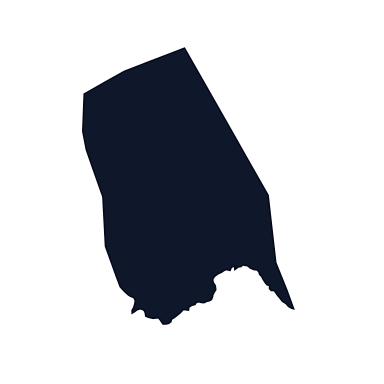 the district of Barra de Santa Rosa, Paraíba, Brazil, rotated 108°
{"feature_id": "56859067B56104642603806", "entity_name": "Barra de Santa Rosa", "entity_type": "district", "adm_level": 2, "iso_a3": "BRA", "parent_name": "Brazil", "parent_adm1": "Paraíba", "projection": "orthographic", "projection_center": [-35.977, -6.767], "detail": "fine", "context": "isolated", "style": "filled", "palette": "ink", "viewbox_px": 384, "rotation_deg": 108, "n_neighbors": 0, "source": "geoboundaries", "source_scale": "gbopen_adm2", "svg_char_len": 1422}
<svg xmlns="http://www.w3.org/2000/svg" viewBox="0 0 384 384"><g transform="rotate(108 192 192)"><path d="M325.7,211.5L323.8,209.8L321.0,207.9L318.9,204.9L319.3,201.0L321.1,199.3L324.4,197.6L324.6,194.2L324.2,189.9L322.0,185.1L323.8,182.2L325.2,180.6L326.5,178.7L325.5,175.7L324.2,173.6L321.9,172.0L319.4,172.2L317.3,170.4L314.8,168.6L310.6,165.9L306.5,164.0L306.0,161.9L305.5,158.8L302.4,159.4L299.9,157.2L298.1,154.4L296.0,154.0L294.3,151.6L294.2,148.9L293.5,146.2L291.4,144.2L290.2,142.0L288.3,140.3L286.0,140.0L283.5,140.4L280.8,140.0L277.6,139.2L273.9,140.9L271.4,144.0L268.7,145.3L265.5,144.6L261.8,142.0L259.2,139.1L256.9,137.4L255.1,135.3L254.9,131.6L251.4,131.3L249.3,128.5L252.5,127.3L249.1,124.9L247.7,122.3L245.7,121.3L245.4,119.1L245.0,116.4L246.3,113.1L246.7,109.1L246.0,106.2L247.2,103.8L249.6,102.1L250.5,100.0L252.5,98.0L255.0,95.1L257.1,92.0L257.0,89.3L259.9,88.5L261.2,86.2L260.3,83.4L262.3,80.7L263.8,78.8L265.5,76.0L268.0,72.2L269.1,68.0L271.0,64.9L271.7,61.8L271.7,59.2L256.1,71.4L233.3,90.5L217.1,97.9L171.6,118.6L138.3,155.1L127.6,166.7L57.5,243.6L80.8,272.4L98.0,293.5L112.3,306.8L132.1,324.8L143.5,321.6L168.1,314.6L184.4,305.6L198.1,295.2L224.2,275.2L232.6,272.0L270.4,257.5L295.8,237.8L304.3,231.0L306.0,228.1L307.7,225.0L309.6,220.6L310.2,218.3L310.4,214.7L312.8,212.4L315.4,211.9L317.5,211.8L320.2,211.8L323.1,212.4L325.7,211.5Z" fill="#0f172a" stroke="#020617" stroke-width="1.5"/></g></svg>